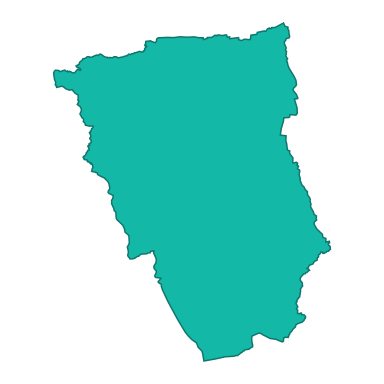 the district of Lam Thap, Nakhon Si Thammarat, Thailand
{"feature_id": "78962969B74032961244175", "entity_name": "Lam Thap", "entity_type": "district", "adm_level": 2, "iso_a3": "THA", "parent_name": "Thailand", "parent_adm1": "Nakhon Si Thammarat", "projection": "orthographic", "projection_center": [99.32, 8.036], "detail": "fine", "context": "isolated", "style": "filled", "palette": "teal", "viewbox_px": 384, "rotation_deg": 0, "n_neighbors": 0, "source": "geoboundaries", "source_scale": "gbopen_adm2", "svg_char_len": 5827}
<svg xmlns="http://www.w3.org/2000/svg" viewBox="0 0 384 384"><path d="M294.0,76.3L289.2,68.4L287.9,65.2L287.3,62.0L286.4,60.2L287.6,58.9L285.8,56.0L286.2,54.5L286.1,53.0L286.6,51.7L285.5,50.0L286.1,48.3L286.0,47.2L284.5,44.0L284.3,42.1L285.8,40.1L286.2,38.7L289.3,37.7L289.6,36.1L288.9,33.2L288.8,30.6L287.7,28.8L288.1,27.6L287.7,27.0L286.2,26.8L284.7,25.8L283.5,23.0L275.1,27.5L271.6,27.6L271.4,28.5L269.6,28.6L269.5,28.1L267.7,28.7L265.8,31.3L264.9,31.3L264.3,30.9L257.3,32.4L256.8,34.3L250.9,35.2L250.7,37.5L250.1,39.7L244.3,39.2L241.8,40.5L241.2,40.5L238.6,39.6L238.7,37.8L238.4,37.6L229.7,38.7L229.7,36.9L227.1,37.1L226.8,35.3L226.0,34.8L222.2,35.6L218.8,34.9L217.8,35.4L217.1,35.1L216.2,35.8L215.0,35.2L211.8,37.4L207.3,37.5L207.1,38.4L203.4,39.6L203.1,37.7L198.6,37.7L194.3,36.9L186.8,37.2L180.1,36.8L173.4,37.6L167.4,37.4L158.2,37.8L156.8,38.9L156.5,39.7L156.6,41.2L155.2,42.7L151.4,41.4L150.7,40.8L145.8,41.4L145.7,43.0L144.8,45.5L145.1,45.8L145.5,45.2L145.9,45.2L146.0,46.2L146.6,46.7L145.9,47.0L145.1,48.0L144.7,48.7L145.1,49.1L144.5,49.8L144.4,50.6L143.8,51.1L143.4,51.0L143.0,52.0L142.0,52.1L139.5,51.4L135.2,52.9L134.4,52.7L133.4,53.7L131.9,53.7L130.2,54.6L129.0,54.1L128.2,54.5L127.6,55.6L126.5,55.6L125.4,56.2L124.2,56.3L123.0,57.0L121.3,57.1L119.8,57.6L117.7,57.7L116.4,56.8L114.0,56.7L112.7,57.7L111.7,57.8L110.4,57.5L109.8,57.7L109.4,57.5L108.0,57.8L107.5,57.3L106.4,57.4L104.3,56.6L101.0,54.3L99.8,54.1L97.9,55.5L96.5,55.0L91.3,57.3L90.2,57.3L89.1,56.7L87.2,56.8L85.9,57.9L84.2,58.7L82.9,58.7L82.6,59.7L79.7,62.2L79.0,64.4L76.1,65.9L76.5,66.8L77.3,67.3L80.1,68.4L80.7,69.5L80.5,70.3L79.8,70.4L78.6,69.4L77.5,69.4L74.4,73.0L72.1,72.7L70.5,71.6L69.3,71.3L68.2,72.0L67.6,71.0L66.2,71.4L64.7,70.1L60.2,71.6L59.6,71.4L58.8,70.5L55.5,70.2L54.4,71.2L53.6,73.0L54.5,79.4L55.5,81.7L55.6,83.7L55.3,84.9L56.2,85.7L56.6,87.4L62.0,86.2L63.8,87.1L65.8,88.8L68.9,90.0L70.3,90.1L72.0,89.6L75.1,93.2L78.1,95.1L78.2,98.7L77.8,100.0L78.9,101.1L77.3,104.6L80.1,106.5L81.3,108.9L81.3,111.1L80.1,113.5L80.1,114.5L81.1,115.8L81.7,117.4L83.4,118.7L83.6,120.2L83.3,121.7L85.0,123.1L85.4,125.2L89.4,126.1L91.9,126.0L93.3,126.3L92.7,128.0L91.7,128.6L91.1,131.0L90.2,131.3L90.3,133.0L89.6,132.9L90.8,135.6L90.6,137.3L89.8,138.0L89.9,139.0L91.3,140.2L91.0,140.9L91.3,142.4L88.8,144.1L89.7,145.4L87.9,146.0L88.1,147.0L88.8,147.6L88.7,148.1L89.3,150.0L87.8,150.4L87.0,152.1L86.3,152.8L86.1,153.9L85.2,155.5L83.7,156.3L83.1,157.3L83.9,158.1L83.8,158.8L84.2,159.0L84.4,159.6L87.0,160.0L87.7,161.1L87.4,161.5L88.1,162.0L89.5,162.1L89.9,163.1L90.8,163.0L90.9,163.5L91.3,163.2L91.7,163.6L91.5,164.3L92.3,164.5L93.0,167.1L92.1,168.9L92.0,170.1L91.6,171.2L92.9,171.8L94.9,171.9L95.4,172.4L97.4,172.9L97.6,174.5L100.7,176.3L104.1,177.8L107.8,181.4L108.5,182.6L109.2,184.8L109.8,188.6L108.3,191.1L108.1,192.6L108.8,193.4L112.5,195.1L113.3,196.0L112.6,198.7L111.6,200.4L111.7,203.9L113.9,208.7L114.2,210.6L115.9,212.2L116.1,217.1L116.5,218.8L117.1,219.8L122.7,225.1L124.3,228.4L125.1,232.2L128.5,235.1L128.9,236.1L129.3,242.7L128.9,244.1L127.3,247.1L128.3,250.9L128.3,253.3L127.7,254.9L127.9,256.0L130.1,259.0L133.4,258.7L135.0,258.1L136.9,256.6L138.6,256.3L140.3,254.6L141.4,254.1L146.7,253.8L148.0,252.9L150.1,252.8L150.9,251.1L152.2,251.3L152.9,250.9L154.0,251.0L153.6,253.1L155.8,257.7L156.3,259.6L155.9,262.8L154.1,265.8L153.8,267.0L154.2,268.6L156.3,271.0L156.3,272.3L154.9,275.4L154.9,276.6L155.9,277.5L160.7,278.1L160.7,278.8L158.2,281.5L158.2,282.1L159.0,283.0L161.4,284.4L161.3,286.3L162.5,289.9L168.2,302.0L177.5,319.2L185.3,332.2L188.1,335.7L191.5,339.3L196.5,342.9L198.3,347.4L201.9,351.0L202.7,353.7L203.9,361.0L215.6,358.9L225.1,356.8L234.1,356.2L236.1,355.5L237.5,355.6L241.0,352.8L241.9,352.5L242.6,351.5L244.3,350.7L244.5,350.0L249.3,349.1L250.8,347.7L252.6,346.8L252.7,345.5L252.0,342.6L251.7,339.4L251.9,336.1L258.0,333.4L260.0,333.0L263.1,334.9L270.2,338.5L275.9,339.3L281.9,341.8L282.8,341.7L283.5,341.1L283.4,340.0L284.0,337.6L285.0,337.3L288.2,337.4L288.2,336.7L288.8,336.1L288.8,335.1L289.8,334.1L289.7,333.2L291.6,331.4L293.1,329.0L295.2,327.2L296.1,324.6L298.3,323.4L302.1,322.2L304.1,320.3L304.3,319.2L305.3,318.5L305.2,317.6L305.7,316.8L304.4,315.0L301.6,314.6L301.4,313.1L300.3,313.1L299.4,313.9L297.5,313.2L297.7,310.2L296.6,309.2L296.6,308.1L297.5,307.7L297.7,306.6L296.3,304.1L296.0,302.5L297.0,301.8L296.9,300.4L297.5,299.8L297.5,299.0L298.4,298.5L298.6,297.5L299.6,297.1L300.6,290.8L300.4,289.0L301.6,287.5L301.8,286.7L302.6,286.1L302.2,282.6L300.0,280.0L300.4,278.6L300.3,277.8L303.7,273.9L305.1,273.8L306.0,272.6L306.9,272.5L308.3,271.0L309.5,270.4L308.8,269.4L307.0,268.3L308.3,267.7L309.2,265.3L312.9,264.0L314.4,261.4L317.1,260.2L317.3,257.8L318.5,257.0L318.6,254.6L319.4,254.4L320.1,253.7L320.7,252.8L320.8,252.1L322.7,252.2L322.9,253.4L323.8,253.4L326.1,252.2L326.6,251.5L327.9,251.4L328.7,251.0L328.9,250.5L330.4,249.3L330.1,246.3L328.8,245.3L328.3,244.5L328.5,243.3L329.6,242.8L329.3,241.3L325.8,242.1L325.9,238.4L323.7,237.8L322.8,237.1L322.4,234.3L316.8,229.0L314.3,224.6L314.1,223.3L314.4,221.9L316.6,220.1L316.2,217.8L316.5,216.0L314.2,214.5L313.4,211.9L310.5,206.7L311.0,204.2L310.1,201.4L310.2,199.2L309.4,197.3L307.5,194.9L307.4,191.6L305.4,189.8L304.0,187.0L301.8,184.8L300.7,181.6L300.1,180.7L300.3,178.9L299.1,174.5L299.8,171.0L299.3,169.8L297.5,168.8L297.6,167.8L298.5,166.6L298.3,166.0L297.0,165.3L297.0,164.6L297.6,163.6L297.5,163.0L296.2,162.2L293.9,163.0L292.8,162.8L292.9,157.8L290.0,154.1L289.6,153.0L289.7,150.9L288.6,150.6L287.4,149.8L286.6,143.4L285.8,140.8L286.1,135.8L280.3,135.1L281.3,128.5L283.5,120.9L283.8,117.8L288.9,117.5L289.7,116.8L289.9,114.6L295.8,115.1L296.3,114.8L297.3,113.1L297.0,107.6L294.4,99.1L297.6,98.6L297.9,98.1L296.3,94.3L293.5,90.8L293.0,89.5L293.4,88.4L295.9,85.9L296.5,84.6L295.9,80.2L294.0,76.3Z" fill="#14b8a6" stroke="#0f766e" stroke-width="1.5"/></svg>